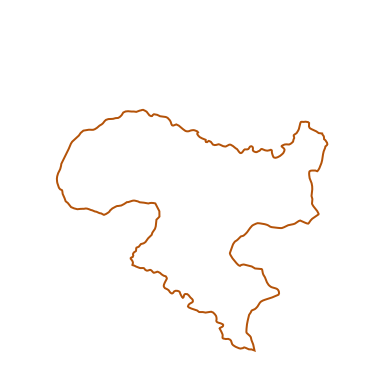 Dorona, Daga, Bhutan (Robinson projection), rotated 298°
{"feature_id": "84629894B2198234836682", "entity_name": "Dorona", "entity_type": "district", "adm_level": 2, "iso_a3": "BTN", "parent_name": "Bhutan", "parent_adm1": "Daga", "projection": "robinson", "projection_center": [89.836, 26.874], "detail": "fine", "context": "isolated", "style": "outline", "palette": "amber", "viewbox_px": 384, "rotation_deg": 298, "n_neighbors": 0, "source": "geoboundaries", "source_scale": "gbopen_adm2", "svg_char_len": 6022}
<svg xmlns="http://www.w3.org/2000/svg" viewBox="0 0 384 384"><g transform="rotate(298 192 192)"><path d="M304.8,279.5L303.5,276.2L303.9,273.4L303.6,267.7L303.7,266.2L303.9,265.6L304.8,264.5L307.9,263.0L308.2,261.6L307.4,259.3L306.2,257.5L305.5,255.9L304.9,255.3L303.7,255.3L297.8,256.8L296.1,256.9L293.1,256.7L290.8,255.5L289.9,255.2L289.2,255.5L288.5,256.3L287.6,256.9L286.0,257.0L283.9,257.6L281.8,256.9L280.5,256.2L279.5,255.4L278.3,252.8L277.5,251.6L276.4,250.6L274.9,249.6L274.3,249.8L273.6,252.7L273.0,253.7L272.1,254.1L271.1,254.3L269.1,254.3L267.3,253.7L265.2,252.8L263.2,251.5L262.1,250.5L261.3,249.5L261.0,248.4L261.0,247.7L262.0,246.3L264.1,244.2L266.2,242.9L266.3,241.9L266.0,241.4L265.4,241.0L263.9,239.2L263.4,237.9L263.1,236.7L262.8,233.5L262.3,232.9L260.2,232.3L258.9,231.3L257.6,230.4L257.0,229.2L256.9,227.6L257.1,226.6L257.6,226.0L259.4,225.2L260.1,224.5L260.3,223.8L260.3,223.0L259.9,222.4L259.2,221.9L256.9,221.7L256.3,221.5L255.5,220.7L254.4,218.6L253.3,218.1L251.5,217.9L250.0,217.5L249.3,216.9L249.1,216.1L249.5,214.7L251.0,211.7L251.1,210.2L251.8,206.6L251.9,204.3L251.8,203.6L251.3,202.7L248.1,200.5L247.7,199.9L247.1,198.0L246.9,194.1L246.6,193.0L244.7,191.0L244.0,189.8L243.7,188.2L245.1,185.2L245.1,184.4L245.1,183.4L244.9,182.7L243.1,181.9L242.7,180.9L243.1,180.3L244.5,179.6L244.1,175.9L244.1,173.0L244.7,171.1L245.5,169.6L246.4,169.1L247.5,169.4L248.0,168.2L247.8,166.0L247.5,164.6L246.7,163.2L245.5,161.8L244.1,160.6L243.2,159.1L242.9,157.8L242.9,157.0L243.3,154.3L244.4,149.2L244.3,146.4L242.0,144.4L241.6,143.6L241.6,143.0L242.3,141.9L243.9,140.3L244.9,138.8L246.0,135.7L246.0,134.7L245.9,133.6L243.9,128.2L243.8,125.1L242.8,121.9L241.5,121.2L240.4,121.1L239.8,120.3L239.7,118.4L241.6,114.2L241.7,112.5L241.6,110.3L240.9,109.3L240.1,108.6L239.5,107.8L236.6,105.2L235.8,103.0L234.6,100.7L233.3,97.6L231.9,95.5L229.9,94.0L226.7,93.8L224.3,93.0L222.7,92.0L221.4,89.9L219.5,87.9L217.1,83.9L215.3,82.2L213.7,81.6L210.8,81.1L209.3,80.5L207.2,79.2L204.1,78.0L201.8,76.7L200.5,75.5L198.5,71.6L195.2,67.3L192.0,66.0L188.7,65.6L180.2,62.6L177.9,62.4L172.2,62.9L155.5,63.4L153.6,64.1L150.7,64.8L149.6,64.9L145.7,65.0L142.6,65.6L140.2,66.5L137.7,68.1L136.7,68.9L133.3,72.5L132.5,74.3L132.6,76.2L132.0,77.0L129.6,78.7L126.7,82.4L124.5,84.8L124.0,87.5L121.9,92.3L122.2,95.7L123.0,98.9L124.9,101.7L126.4,104.4L127.6,106.0L128.1,107.3L128.5,109.5L128.6,110.9L129.0,112.6L129.2,115.3L129.7,116.9L129.9,120.2L130.5,122.1L130.4,123.4L130.5,125.0L132.2,126.4L134.3,127.6L135.9,128.3L137.1,128.3L140.1,129.4L143.4,131.6L144.5,132.5L145.0,133.4L146.9,135.9L149.5,137.7L152.5,139.3L153.2,140.5L155.9,143.1L156.8,144.1L157.5,145.5L158.3,148.6L158.4,150.7L160.0,154.6L161.4,158.9L162.4,159.9L163.4,161.4L164.3,163.5L164.7,165.0L159.7,172.2L155.0,174.8L153.0,174.3L150.9,173.6L144.7,176.1L142.2,176.6L137.5,176.1L135.2,176.5L130.5,175.0L125.9,174.4L124.0,173.4L122.0,171.3L118.7,170.7L116.8,169.1L115.7,169.3L114.6,169.9L113.5,170.2L111.2,169.0L109.5,169.0L108.3,170.0L106.6,170.1L105.9,169.3L104.9,168.9L104.3,169.2L103.4,171.3L102.6,172.4L101.6,173.2L99.6,173.6L99.6,174.6L99.9,175.4L99.9,177.5L100.3,180.9L100.5,181.9L101.9,184.5L102.1,185.1L102.1,185.7L101.4,187.1L101.3,188.0L101.4,189.1L101.8,189.8L103.2,191.1L103.6,191.6L103.7,192.2L103.7,192.9L102.8,195.5L102.8,196.3L104.5,198.1L105.3,198.7L105.5,199.3L105.6,201.6L105.0,203.9L104.8,206.3L105.1,207.6L105.2,208.5L104.4,209.9L103.6,210.5L99.4,210.5L97.2,210.7L96.1,211.0L95.2,211.6L94.4,213.2L94.5,215.8L94.3,217.5L93.2,219.6L92.9,220.9L92.9,221.6L93.2,222.2L94.1,222.7L95.8,222.9L97.0,223.8L97.8,225.3L98.1,226.6L98.1,227.4L97.9,228.1L96.2,230.0L94.5,232.7L94.3,233.6L95.0,233.9L97.7,233.4L98.3,233.6L98.8,234.0L99.6,235.8L99.3,237.4L98.1,240.2L97.5,242.5L96.9,243.5L95.9,244.1L94.9,244.1L92.2,242.4L91.0,242.0L89.9,242.0L89.0,242.2L88.6,243.3L88.8,246.2L89.8,252.2L89.4,254.3L89.5,254.9L91.1,258.0L91.9,260.6L94.4,263.9L95.3,265.2L95.5,267.3L94.7,269.8L93.8,271.5L92.7,272.5L91.3,273.4L90.0,273.8L89.5,274.1L89.1,274.6L88.9,275.4L89.0,276.8L89.5,278.9L89.6,280.7L89.6,281.4L89.2,282.0L88.0,282.3L87.2,282.0L85.1,280.5L84.5,280.4L82.5,283.4L80.7,285.7L80.0,286.3L77.9,287.2L77.4,287.7L77.3,288.4L77.7,289.7L78.0,290.8L79.3,292.9L79.5,294.7L79.3,295.6L78.9,296.4L76.6,298.8L76.2,299.7L76.0,300.6L75.8,303.1L76.1,306.7L76.5,308.3L78.1,310.3L78.8,310.6L79.3,311.1L79.6,312.7L79.8,316.1L81.0,318.6L81.4,321.6L86.1,317.6L89.1,314.1L91.4,312.1L92.1,310.7L93.1,306.9L93.4,306.2L94.0,305.7L96.7,304.4L100.9,302.7L104.5,301.6L110.3,300.1L113.3,300.4L114.8,300.3L115.6,300.5L118.0,302.4L119.3,303.0L121.5,303.6L126.0,303.9L127.5,304.3L129.4,305.5L131.1,307.0L136.6,312.3L141.4,316.2L142.0,316.6L143.5,316.4L145.0,315.3L145.9,314.1L146.3,312.6L146.2,311.2L145.4,307.4L145.3,306.4L145.5,304.8L145.9,303.3L147.4,300.6L150.9,296.5L152.5,293.8L153.5,292.7L156.0,290.7L156.5,290.2L156.6,289.5L154.1,283.6L154.3,279.7L152.4,272.1L152.1,271.4L151.1,270.2L150.5,269.6L149.5,269.2L149.2,268.6L149.3,267.1L150.0,264.8L152.4,259.0L154.4,255.6L155.4,254.4L156.0,254.1L164.2,252.9L165.7,252.8L168.0,253.1L168.7,253.3L170.0,254.1L171.4,254.7L175.7,256.0L177.3,257.7L177.9,258.1L180.0,258.9L182.2,259.5L187.4,260.2L190.4,260.9L191.7,261.6L194.2,263.5L195.3,264.6L196.2,266.7L197.7,271.2L198.2,273.5L198.3,275.0L198.1,277.4L198.4,278.9L200.7,284.8L201.6,286.9L202.4,288.3L204.1,289.8L207.8,292.5L211.3,296.7L212.4,297.7L216.5,299.9L217.6,300.9L218.0,306.5L218.2,308.1L218.6,309.4L219.3,309.7L222.6,310.1L224.8,310.7L231.6,314.2L232.2,314.0L233.9,311.6L236.4,305.9L237.6,303.9L238.1,303.4L242.3,301.6L244.6,299.4L250.9,296.9L253.5,295.4L255.9,293.5L259.4,289.4L261.9,287.6L263.2,286.8L264.6,286.2L265.3,286.1L266.0,286.4L266.6,286.9L267.5,288.2L268.6,290.3L268.9,291.0L269.0,292.3L269.2,292.9L270.5,293.2L272.7,293.3L278.2,292.7L281.1,292.0L286.8,290.0L289.7,289.2L293.5,288.8L294.8,288.4L296.6,289.1L297.7,289.1L299.0,288.0L299.6,286.7L300.1,286.0L300.5,284.8L300.6,283.9L302.6,282.6L303.3,281.8L304.1,280.0L304.8,279.5Z" fill="none" stroke="#b45309" stroke-width="2"/></g></svg>